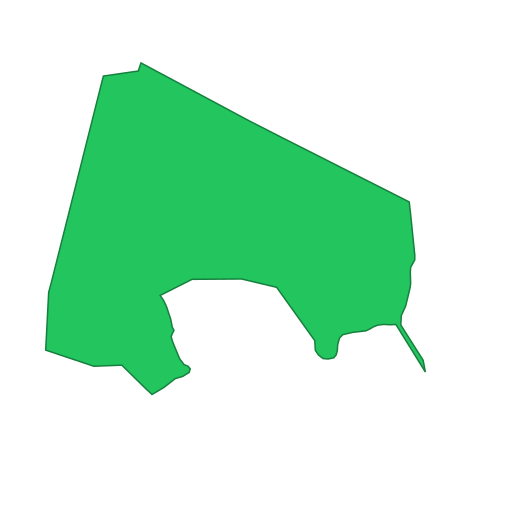 Campo Alegre do Fidalgo, Piauí, Brazil (Natural Earth projection), rotated 104°
{"feature_id": "56859067B37876647351724", "entity_name": "Campo Alegre do Fidalgo", "entity_type": "district", "adm_level": 2, "iso_a3": "BRA", "parent_name": "Brazil", "parent_adm1": "Piauí", "projection": "natural_earth1", "projection_center": [-41.776, -8.244], "detail": "fine", "context": "isolated", "style": "filled", "palette": "green", "viewbox_px": 512, "rotation_deg": 104, "n_neighbors": 0, "source": "geoboundaries", "source_scale": "gbopen_adm2", "svg_char_len": 1087}
<svg xmlns="http://www.w3.org/2000/svg" viewBox="0 0 512 512"><g transform="rotate(104 256 256)"><path d="M217.1,102.0L176.4,116.7L166.5,120.4L162.8,136.6L134.6,260.5L132.1,271.2L126.6,295.0L101.6,394.0L96.5,414.3L105.0,415.0L118.3,447.6L128.6,447.7L132.4,447.7L135.6,447.7L218.1,447.9L332.7,448.2L341.3,448.4L398.2,437.3L402.2,386.7L394.4,359.8L411.8,330.2L415.5,323.4L405.9,313.6L394.5,304.7L390.5,297.9L385.1,292.7L381.4,292.5L379.4,295.3L378.8,299.5L374.1,305.3L363.4,313.2L358.8,316.5L354.8,318.8L351.3,318.4L348.1,317.6L345.3,320.0L337.7,323.6L333.4,326.4L327.6,330.0L324.7,332.2L321.0,335.4L317.5,339.5L294.1,312.4L281.8,264.5L281.4,228.4L298.1,208.8L323.9,178.5L333.2,175.6L337.0,171.4L339.3,166.1L338.5,161.1L336.0,155.9L332.6,154.3L328.2,154.2L322.2,155.3L315.4,155.1L311.3,152.7L306.8,143.9L302.1,131.4L299.3,127.9L296.4,125.0L293.6,121.1L291.5,115.5L290.2,108.9L288.6,103.7L327.6,63.6L316.7,68.6L287.9,98.8L278.6,100.6L268.5,98.7L262.3,98.7L249.7,98.8L245.2,99.3L234.9,102.2L229.6,103.2L221.4,101.0L217.1,102.0Z" fill="#22c55e" stroke="#15803d" stroke-width="1.5"/></g></svg>